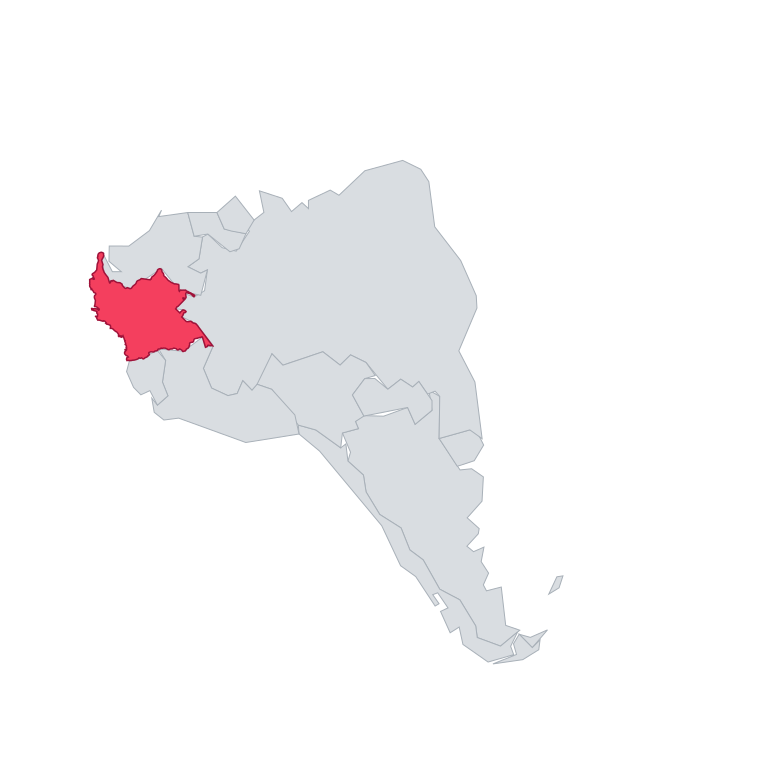 Colombia highlighted on a map of South America, rotated 314°
{"feature_id": "COL", "entity_name": "Colombia", "entity_type": "country or territory", "adm_level": 0, "iso_a3": "COL", "parent_name": "South America", "parent_adm1": "", "projection": "robinson", "projection_center": [-72.763, 4.099], "detail": "fine", "context": "in_parent", "style": "filled", "palette": "rose", "viewbox_px": 768, "rotation_deg": 314, "n_neighbors": 12, "source": "natural_earth", "source_scale": "50m", "svg_char_len": 10100}
<svg xmlns="http://www.w3.org/2000/svg" viewBox="0 0 768 768"><g transform="rotate(314 384 384)"><path d="M297.9,655.1L303.4,665.3L320.7,672.4L297.4,673.8L297.9,655.1ZM383.1,461.5L375.0,498.4L383.9,505.9L386.2,520.0L367.8,535.9L345.5,536.8L346.1,552.9L341.7,555.9L324.9,556.3L325.6,564.9L336.1,569.2L323.7,577.3L320.6,590.6L308.5,595.0L306.4,601.4L319.4,609.4L294.9,639.2L301.2,652.7L276.4,649.9L266.4,627.2L273.7,618.0L281.4,588.5L275.1,566.6L284.7,534.4L282.6,517.9L292.3,496.3L287.2,471.6L293.9,446.1L304.2,432.5L303.5,411.6L311.7,407.3L319.9,388.1L334.1,396.6L337.2,389.5L345.8,389.9L360.6,406.1L383.5,417.3L376.6,434.4L398.4,436.8L410.8,420.6L413.8,432.7L383.1,461.5Z" fill="#d9dde1" stroke="#a8b0b8" stroke-width="1"/><path d="M297.9,655.1L297.4,673.8L308.3,674.0L300.4,679.9L282.1,675.3L258.3,656.8L281.5,667.2L287.1,657.6L297.9,655.1ZM294.9,350.9L303.6,366.9L308.0,397.2L314.4,398.2L303.5,411.6L304.2,432.5L293.9,446.1L287.2,471.6L292.3,496.3L282.6,517.9L284.7,534.4L275.1,566.6L281.4,588.5L273.7,618.0L266.4,627.2L276.4,649.9L298.4,652.3L283.3,657.3L279.4,665.3L256.3,652.0L251.5,621.7L261.4,606.9L251.0,604.4L259.7,582.6L267.4,585.6L271.1,567.7L266.3,565.4L264.2,576.2L259.8,575.0L267.5,540.6L264.8,522.2L280.5,480.8L291.0,384.3L289.0,357.6L294.9,350.9Z" fill="#d9dde1" stroke="#a8b0b8" stroke-width="1"/><path d="M347.3,648.5L365.4,642.3L370.3,646.0L359.0,651.5L347.3,648.5Z" fill="#d9dde1" stroke="#a8b0b8" stroke-width="1"/><path d="M383.1,461.5L410.6,477.6L414.5,483.5L409.3,498.1L391.5,502.2L375.7,493.9L383.1,461.5Z" fill="#d9dde1" stroke="#a8b0b8" stroke-width="1"/><path d="M412.8,492.6L410.6,477.6L383.1,461.5L413.8,432.7L414.3,425.7L407.0,422.3L410.0,407.3L401.7,406.7L399.1,392.7L382.9,390.4L387.0,356.1L381.7,339.7L367.1,339.3L364.7,317.6L327.3,298.2L327.9,282.4L305.3,293.4L287.8,293.4L288.3,280.1L275.2,285.0L267.2,279.8L261.3,262.8L269.8,243.2L292.9,234.6L296.6,206.8L292.0,192.2L298.2,188.3L293.5,182.0L311.1,179.1L314.8,187.1L326.5,190.1L343.4,177.7L336.4,175.1L332.1,161.5L345.5,164.0L363.6,151.4L369.5,153.1L369.6,172.8L376.9,185.4L400.4,181.1L400.5,175.0L424.0,178.4L436.4,160.2L446.9,181.8L443.8,197.7L457.5,199.0L457.7,207.8L463.6,202.1L486.1,210.6L488.5,220.5L524.1,222.1L557.8,242.1L564.0,261.3L560.7,275.7L532.3,311.3L526.1,353.4L511.6,389.0L503.2,398.1L459.8,414.8L448.6,448.0L412.8,492.6Z" fill="#d9dde1" stroke="#a8b0b8" stroke-width="1"/><path d="M295.6,292.9L327.9,282.4L327.3,298.2L364.7,317.6L367.1,339.3L381.7,339.7L387.0,356.1L384.0,371.8L374.5,366.4L354.2,368.9L347.0,391.8L337.2,389.5L334.1,396.6L319.9,388.1L308.0,397.2L303.6,366.9L294.9,350.9L302.2,306.9L295.6,292.9Z" fill="#d9dde1" stroke="#a8b0b8" stroke-width="1"/><path d="M292.9,234.6L269.8,243.2L261.3,262.8L267.2,279.8L275.2,285.0L288.3,280.1L287.8,293.4L295.6,292.9L302.2,306.9L299.8,341.4L289.0,357.6L245.9,325.2L216.8,260.0L205.2,250.7L204.0,238.4L212.5,226.8L211.4,235.7L225.4,236.8L231.5,223.3L249.2,210.6L252.6,197.5L268.4,217.2L291.7,220.8L286.7,229.7L292.9,234.6Z" fill="#d9dde1" stroke="#a8b0b8" stroke-width="1"/><path d="M363.6,151.4L345.5,164.0L332.1,161.5L336.4,175.1L343.4,177.7L320.5,190.6L309.0,172.3L312.6,143.6L276.9,135.8L266.6,116.8L269.7,105.5L276.8,95.3L281.7,93.9L276.1,110.6L282.3,117.0L281.2,100.9L292.4,90.5L305.9,104.6L331.4,108.7L354.5,103.2L348.0,105.7L371.0,123.7L358.4,144.8L363.6,151.4Z" fill="#d9dde1" stroke="#a8b0b8" stroke-width="1"/><path d="M396.2,180.3L380.7,185.9L372.1,181.3L369.5,153.1L358.4,144.8L371.0,123.7L391.3,144.7L384.5,161.4L396.2,180.3Z" fill="#d9dde1" stroke="#a8b0b8" stroke-width="1"/><path d="M411.7,176.7L396.2,180.3L387.9,167.8L384.5,161.4L391.3,144.7L415.9,146.6L411.7,176.7Z" fill="#d9dde1" stroke="#a8b0b8" stroke-width="1"/><path d="M250.6,198.3L249.2,210.6L231.5,223.3L225.4,236.8L211.4,235.7L216.6,220.2L207.3,216.6L207.6,206.2L214.1,190.2L223.6,184.9L250.6,198.3Z" fill="#d9dde1" stroke="#a8b0b8" stroke-width="1"/><path d="M381.6,373.6L382.9,390.4L399.1,392.7L401.7,406.7L410.0,407.3L405.4,430.1L398.4,436.8L376.6,434.4L383.5,417.3L347.0,391.8L354.2,368.9L374.5,366.4L381.6,373.6Z" fill="#d9dde1" stroke="#a8b0b8" stroke-width="1"/><path d="M281.8,93.1L280.2,93.9L276.9,94.8L276.5,95.4L274.7,98.9L273.2,99.7L272.6,100.2L271.3,102.1L270.9,103.1L269.9,105.1L269.4,107.7L268.9,111.3L268.4,112.3L267.2,114.3L266.2,116.2L266.1,116.5L266.3,116.7L267.4,116.5L268.5,115.9L268.9,116.1L269.2,117.0L269.7,117.1L270.1,117.0L270.5,117.2L271.5,121.4L273.4,123.6L273.6,124.4L273.9,126.2L273.2,127.2L272.9,130.3L273.0,131.1L273.2,131.7L273.6,132.0L275.0,132.4L276.0,134.8L276.6,135.4L277.5,135.8L279.6,135.4L280.8,135.5L282.7,135.8L283.4,135.8L284.2,135.7L285.8,135.0L286.4,134.9L287.0,135.0L287.9,135.3L289.1,135.9L290.0,136.1L291.1,136.1L291.3,136.2L296.5,143.4L297.0,143.1L297.4,143.2L297.7,143.6L298.3,143.4L299.1,142.8L300.3,142.7L301.8,143.1L303.9,143.1L306.4,142.7L308.0,142.3L308.6,141.9L309.6,141.9L310.8,142.3L311.5,142.9L311.8,144.2L311.6,145.1L310.8,145.9L310.4,147.0L310.3,148.3L309.9,149.3L309.2,149.9L308.9,150.8L309.0,152.0L309.0,153.8L308.7,156.1L308.7,157.5L309.0,158.0L309.1,158.6L309.1,159.5L309.2,160.2L309.6,161.2L310.2,163.1L310.6,164.0L311.4,164.7L312.9,167.1L312.7,167.7L312.5,167.9L311.3,169.1L308.8,171.6L308.6,172.0L308.6,172.5L309.4,172.2L310.5,172.5L310.9,173.4L311.5,173.8L312.3,174.6L312.9,175.3L313.7,176.0L313.8,176.5L313.6,177.0L314.0,178.2L314.3,178.6L314.4,179.0L314.3,179.5L314.6,180.0L315.4,182.3L315.4,183.0L315.6,183.3L315.8,184.2L316.2,185.1L316.1,185.7L316.3,186.3L314.8,186.7L314.7,186.6L314.6,186.4L314.6,182.8L314.4,182.1L312.6,178.7L312.2,178.4L311.8,178.4L311.4,178.5L311.0,178.8L310.6,179.2L309.0,181.3L308.5,181.6L308.1,181.7L307.6,181.6L307.3,181.3L306.6,179.8L306.1,179.6L305.9,179.8L305.6,180.8L306.2,181.9L297.4,181.9L296.8,181.9L296.2,181.6L295.6,181.4L295.3,181.5L294.8,181.7L294.1,181.8L293.7,182.0L293.3,182.0L293.3,187.7L293.7,187.5L294.0,187.5L294.3,187.7L295.0,187.6L296.2,187.7L296.4,187.9L296.7,187.8L297.0,187.7L297.4,187.8L297.8,188.1L298.3,189.1L298.6,189.4L298.6,190.4L298.5,190.7L298.7,191.2L298.6,191.3L297.7,191.5L297.5,191.3L297.1,191.3L296.8,191.1L296.6,190.9L296.2,190.6L295.8,190.7L294.9,191.2L294.6,191.1L294.3,191.3L293.6,191.7L291.7,191.9L291.6,198.2L291.8,198.7L292.7,199.8L293.4,200.3L294.1,200.9L294.7,201.2L294.9,201.4L295.1,201.8L295.3,202.6L295.0,203.3L295.1,203.6L295.3,203.9L295.6,205.0L296.4,205.7L296.4,206.5L296.7,207.1L296.7,207.4L296.6,207.9L296.5,209.4L296.1,211.2L292.5,233.7L292.4,234.1L292.0,233.4L291.4,232.8L290.8,232.4L290.2,231.0L289.5,230.4L289.2,230.4L288.8,230.7L288.3,230.8L288.0,230.8L286.4,230.1L291.5,221.0L291.6,220.6L291.4,220.2L290.2,219.8L289.8,219.3L289.3,219.1L288.9,218.8L288.1,218.4L287.7,218.1L287.1,218.0L286.7,217.5L285.0,216.4L284.6,216.3L283.5,216.6L282.9,217.2L282.1,217.4L281.3,217.4L280.9,217.1L280.5,216.9L280.1,216.4L278.6,215.8L278.2,215.9L276.8,217.3L276.2,217.3L275.6,217.8L275.0,218.0L273.6,218.2L271.8,217.6L271.1,217.9L270.4,218.0L269.8,218.1L269.4,217.9L269.0,217.5L267.7,216.9L267.6,216.3L267.9,215.2L267.4,213.0L267.2,212.6L266.9,212.5L266.2,212.6L265.5,212.2L265.1,211.8L264.9,211.3L265.1,210.4L264.9,209.7L264.5,209.2L264.2,208.5L263.8,207.9L263.2,207.6L262.7,207.6L262.2,207.4L261.7,206.8L261.3,206.6L260.8,206.0L259.8,205.7L259.3,205.5L258.6,204.4L258.6,204.0L258.5,203.7L258.0,202.1L257.6,201.5L256.4,200.2L255.3,199.6L255.0,198.7L254.3,198.7L253.9,198.6L253.4,198.3L252.4,197.4L251.7,197.3L251.2,197.9L249.9,197.3L248.7,196.4L247.4,196.2L246.6,195.6L245.5,194.2L245.2,193.9L243.6,193.1L243.3,193.0L242.7,193.4L242.5,193.7L242.4,194.7L241.9,194.9L241.1,194.9L240.5,194.6L240.1,194.6L240.0,194.8L239.8,194.9L239.3,194.8L238.0,194.4L237.1,193.9L236.7,193.9L235.7,193.8L234.9,193.5L234.7,193.3L234.4,191.4L233.3,190.9L233.0,190.6L232.6,189.6L231.6,189.7L230.0,189.1L227.8,187.8L226.3,186.5L225.0,185.7L224.6,185.1L223.6,184.2L223.4,183.6L222.3,182.8L222.9,181.6L224.1,180.8L225.8,181.4L226.0,180.1L225.4,179.0L225.5,176.8L225.7,176.3L226.1,175.8L226.7,175.3L227.1,175.2L227.6,175.4L228.0,175.0L229.3,175.2L229.8,175.0L230.4,174.5L230.8,174.0L231.0,173.3L231.2,173.1L231.7,173.2L231.8,172.9L232.0,172.6L232.8,171.8L232.8,171.4L232.6,170.6L232.6,170.4L233.7,170.0L234.8,167.7L235.3,167.7L235.5,166.5L236.1,165.6L237.4,162.7L237.0,162.8L236.7,163.2L236.4,163.1L236.0,162.9L236.1,161.6L235.9,161.4L235.2,162.4L234.7,161.4L234.7,160.8L234.9,160.2L234.9,159.8L234.0,160.1L234.0,159.7L234.6,159.3L234.8,158.9L235.3,158.5L235.5,157.8L235.8,155.6L235.7,155.1L235.4,154.6L235.2,152.5L235.3,151.3L235.2,150.4L234.9,149.6L233.9,148.5L235.5,147.3L236.1,146.4L235.4,144.5L234.4,142.9L234.4,141.9L234.7,142.1L235.0,142.0L235.3,140.0L235.2,139.4L234.7,138.4L234.0,138.4L233.4,137.1L233.1,136.8L232.8,136.0L231.9,134.5L231.1,133.7L231.7,131.8L232.2,131.4L232.3,131.0L232.2,129.8L232.2,129.6L232.3,129.5L232.6,129.6L233.0,130.1L233.3,130.7L233.6,130.9L233.9,130.7L235.4,129.5L235.3,129.1L235.4,128.4L235.9,127.7L236.4,127.5L236.6,127.2L236.5,126.6L235.9,125.3L235.4,124.6L235.1,123.8L235.0,123.2L234.4,122.6L234.6,122.0L235.1,121.3L235.2,121.2L235.5,121.4L236.1,122.6L237.1,123.4L238.2,124.7L238.6,125.6L238.9,125.8L239.2,126.1L239.1,126.4L238.8,126.6L238.7,127.2L238.9,127.5L239.1,127.6L239.7,127.5L240.1,126.9L239.9,124.2L239.5,122.9L239.1,122.4L238.7,121.9L239.0,121.5L239.6,121.3L240.5,120.8L243.7,118.3L244.8,115.8L245.6,115.0L246.6,114.4L247.7,114.5L248.6,114.2L248.9,113.5L248.6,112.4L248.3,111.8L248.6,110.9L249.0,109.5L248.9,108.3L249.4,107.6L249.2,107.3L248.6,107.9L248.1,108.2L249.3,106.5L249.7,104.8L250.1,104.1L251.4,103.1L251.6,102.6L252.6,101.8L254.2,100.2L254.7,99.7L257.7,100.8L258.7,100.7L258.5,100.9L258.1,100.9L257.4,101.2L257.3,101.9L257.7,102.5L258.2,102.7L258.5,102.3L258.9,101.1L259.6,99.7L259.7,98.3L260.1,97.9L260.8,97.7L262.8,98.2L263.7,98.3L266.5,98.1L271.1,94.4L273.2,93.6L274.5,92.9L275.3,91.4L275.6,90.3L276.2,89.8L276.8,89.8L277.1,89.5L277.2,89.2L278.8,88.2L279.7,88.1L280.5,88.1L282.3,89.0L283.1,90.5L283.2,91.5L282.1,92.6L281.8,93.1ZM229.4,174.7L229.2,174.9L228.8,174.6L228.7,174.1L228.9,173.8L229.2,173.9L229.4,174.2L229.4,174.7Z" fill="#f43f5e" stroke="#9f1239" stroke-width="1.5"/></g></svg>